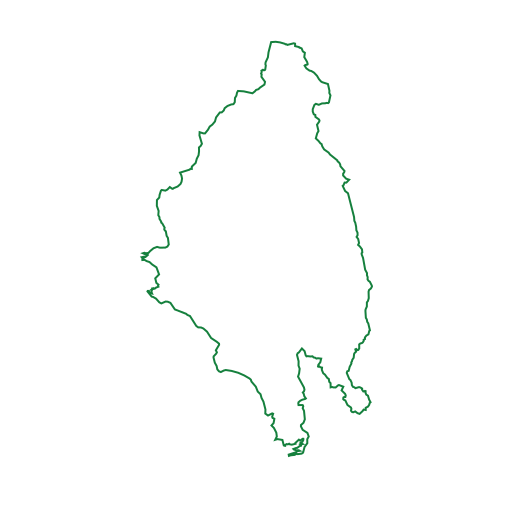 outline of Lunca Cernii De Jos, Hunedoara, Romania, rotated 75°
{"feature_id": "2599482B2454497174187", "entity_name": "Lunca Cernii De Jos", "entity_type": "district", "adm_level": 2, "iso_a3": "ROU", "parent_name": "Romania", "parent_adm1": "Hunedoara", "projection": "orthographic", "projection_center": [22.6, 45.635], "detail": "fine", "context": "isolated", "style": "outline", "palette": "green", "viewbox_px": 512, "rotation_deg": 75, "n_neighbors": 0, "source": "geoboundaries", "source_scale": "gbopen_adm2", "svg_char_len": 6112}
<svg xmlns="http://www.w3.org/2000/svg" viewBox="0 0 512 512"><g transform="rotate(75 256 256)"><path d="M277.3,359.7L276.6,355.1L277.3,353.1L279.1,350.8L286.6,348.2L293.8,338.4L295.2,337.5L296.9,335.3L308.1,331.8L310.0,330.3L310.8,327.6L312.4,325.6L316.4,322.9L323.6,320.6L328.7,316.1L331.1,314.4L332.2,314.6L336.7,319.2L338.9,318.7L340.0,319.7L342.0,322.9L343.1,323.3L348.4,323.4L352.0,322.5L355.5,322.7L357.8,321.6L359.0,320.0L358.3,316.8L358.3,314.7L360.7,309.3L364.2,303.4L368.3,298.3L372.6,294.0L374.1,293.0L376.1,292.9L382.2,290.0L387.4,289.4L390.7,287.4L394.5,287.4L398.6,286.5L406.7,286.6L410.6,287.8L413.2,285.7L412.2,281.1L412.8,280.3L415.5,282.0L416.7,281.9L417.9,280.4L418.9,280.8L422.0,282.3L423.7,284.9L426.7,283.2L431.9,282.1L435.7,282.6L438.5,285.0L438.4,282.7L440.5,278.1L446.0,278.2L446.5,277.9L446.9,276.9L446.0,276.5L445.6,275.1L446.2,274.0L445.9,272.6L446.6,272.2L447.5,270.3L447.6,266.4L446.8,266.4L444.5,262.1L445.7,261.2L444.6,258.1L444.8,257.6L445.8,257.8L447.3,259.1L448.0,261.1L449.7,259.6L449.6,260.6L449.2,261.5L449.3,262.1L450.4,261.4L450.9,261.6L450.9,263.0L452.0,265.9L451.8,266.8L452.1,269.8L452.7,269.5L454.0,267.6L454.7,265.0L455.5,264.2L455.2,266.5L455.9,268.1L456.3,275.8L457.6,275.9L457.5,274.1L458.1,270.2L457.6,268.0L458.2,267.0L458.7,263.0L458.1,261.4L453.1,258.6L450.1,254.9L446.2,253.9L444.0,251.8L440.2,252.1L436.0,255.9L432.2,256.7L430.9,256.3L429.4,253.3L426.4,251.1L418.0,249.7L415.1,250.3L413.5,249.3L412.4,249.3L412.0,249.7L411.0,253.5L409.3,253.3L408.3,252.8L407.3,250.8L406.8,248.5L406.8,245.5L406.5,244.7L404.1,245.6L401.2,245.6L400.0,246.1L399.0,244.6L397.7,243.8L395.4,243.7L383.4,246.6L380.6,244.8L376.2,243.0L372.9,243.3L368.7,242.1L362.1,242.0L360.7,240.9L360.3,239.6L357.2,235.6L360.5,233.7L364.7,233.7L366.0,233.2L366.1,232.0L367.2,229.3L367.5,227.4L368.9,226.6L369.5,225.3L370.7,224.2L370.8,222.6L372.0,219.6L375.3,221.4L377.2,223.9L378.8,224.7L379.1,224.5L379.0,223.4L380.1,222.7L380.9,221.1L383.0,221.9L386.7,221.4L388.4,220.1L392.2,218.7L393.6,217.5L396.5,217.8L398.1,216.9L402.2,217.9L402.2,216.4L402.9,215.4L403.6,213.1L402.2,210.2L402.1,209.3L404.8,205.5L408.0,208.1L412.2,205.6L413.9,205.4L415.3,206.2L415.0,207.2L415.3,208.2L416.8,208.8L417.6,208.4L418.6,207.1L423.6,206.2L426.9,203.5L428.3,203.4L430.0,204.3L431.4,203.7L432.1,202.6L431.8,200.4L434.1,198.6L435.3,196.8L433.4,193.2L432.2,191.8L433.1,189.9L431.0,189.3L430.5,186.9L429.1,185.2L427.5,184.3L426.9,183.2L423.9,183.9L419.9,184.0L418.4,185.4L416.5,185.6L414.9,185.1L414.5,185.7L414.8,186.7L414.6,187.4L412.4,188.2L411.5,187.8L410.8,188.4L409.6,189.8L409.3,190.8L409.4,194.2L408.3,194.9L407.5,196.2L405.5,196.8L403.1,196.4L400.2,196.9L399.2,197.7L392.4,198.6L391.0,197.7L390.9,196.2L387.3,194.2L384.6,191.7L383.4,191.5L382.5,190.5L381.1,189.8L379.6,188.0L376.0,186.6L375.2,185.8L374.3,184.1L371.9,184.2L371.7,183.3L373.1,182.5L373.2,181.5L372.0,180.2L368.1,179.2L367.5,177.9L367.5,176.2L367.1,175.2L365.8,173.9L364.8,173.7L364.4,172.2L362.9,171.9L361.4,169.9L360.8,167.7L357.7,166.0L357.3,165.2L350.1,165.0L348.4,165.6L345.9,165.4L344.2,165.9L337.3,164.5L336.0,164.0L333.5,162.0L329.5,160.9L328.4,159.5L325.9,158.0L319.6,156.5L318.1,155.6L317.1,153.4L315.5,151.9L314.6,151.8L310.3,152.7L309.2,153.7L307.5,154.3L305.3,153.6L303.2,153.8L301.3,153.2L297.5,154.1L285.6,153.1L281.9,153.5L280.7,153.3L280.1,152.4L277.0,151.9L273.7,153.2L271.7,154.5L270.1,153.1L266.0,152.9L263.6,153.9L262.2,152.5L259.7,151.9L257.1,152.4L253.6,151.7L249.6,151.5L247.5,151.9L243.8,151.2L219.2,150.9L216.3,153.1L210.7,154.1L210.3,153.2L208.0,151.4L208.5,149.7L206.4,146.3L204.7,148.9L200.8,151.0L199.0,150.5L198.0,149.2L196.8,148.5L191.2,151.2L189.3,151.0L187.3,151.5L185.7,152.7L184.7,152.7L177.2,158.2L174.9,159.1L170.7,162.6L167.3,163.6L164.8,163.7L163.9,164.6L161.1,165.8L157.9,167.8L153.3,165.1L151.5,163.3L145.0,163.1L142.5,160.1L141.5,159.6L140.3,159.9L137.0,162.6L135.1,162.2L134.1,163.5L131.2,163.8L128.9,163.2L125.2,160.5L124.5,158.8L126.2,156.2L125.7,152.7L126.4,149.8L126.4,148.1L127.0,146.7L126.5,145.8L120.1,142.5L117.5,143.0L115.4,142.3L108.5,142.0L105.3,147.0L104.3,148.0L101.5,149.4L97.8,150.4L93.9,152.5L91.6,154.7L90.8,156.3L87.8,158.8L84.7,159.8L84.3,159.0L84.4,156.8L84.0,156.4L81.8,156.4L76.4,157.9L72.3,156.2L70.5,157.8L67.3,158.2L66.3,159.4L66.1,160.1L65.3,160.4L63.4,163.9L61.0,163.3L60.3,164.5L60.2,171.1L59.4,171.7L59.2,172.7L58.5,173.2L55.9,177.5L54.2,181.5L53.3,186.0L62.5,191.2L67.2,193.1L71.4,196.6L73.2,197.3L74.5,197.2L78.2,198.8L78.7,199.4L78.7,200.3L77.9,201.1L78.4,202.8L79.6,202.8L81.2,203.9L82.0,203.5L84.3,204.4L90.1,202.2L92.6,203.5L94.4,208.6L95.5,210.5L95.6,212.9L96.7,214.5L97.9,217.3L93.8,225.2L91.9,230.7L93.4,232.1L96.0,233.4L97.9,235.4L101.9,236.7L103.3,238.2L103.5,238.7L103.2,240.7L103.7,244.7L105.1,248.0L107.1,249.5L108.4,251.9L108.0,253.8L111.8,258.7L115.4,260.8L117.8,264.2L119.0,267.2L121.6,269.7L124.4,273.5L124.0,275.0L121.8,278.4L124.9,279.4L133.6,279.2L135.4,281.0L136.4,283.0L140.1,283.9L143.8,285.4L146.7,288.0L150.5,290.2L153.0,294.8L155.3,295.5L154.8,296.7L155.4,297.8L155.8,307.8L159.0,307.2L162.1,307.4L165.0,308.7L166.9,310.3L168.6,313.7L169.2,318.2L169.6,319.0L169.2,319.7L167.1,321.4L168.9,324.4L169.4,326.6L167.8,330.0L168.3,330.9L172.0,333.3L174.5,334.3L176.3,337.2L181.9,338.8L187.3,338.4L191.3,339.8L193.5,339.2L195.1,339.6L198.3,338.7L199.2,338.9L200.3,338.1L205.0,336.9L206.3,337.7L207.6,337.5L208.8,336.7L213.4,337.1L215.7,336.4L222.3,337.3L224.0,339.2L224.4,341.4L223.1,346.7L221.6,349.2L222.0,353.0L223.9,357.1L225.2,359.1L224.8,361.8L224.0,362.9L224.1,364.5L226.9,361.1L226.7,360.3L227.0,360.2L228.4,363.1L228.2,363.9L227.7,364.2L227.6,366.7L228.2,366.4L228.7,364.8L229.6,366.6L230.5,366.8L230.9,364.6L232.6,363.0L234.3,360.4L237.3,358.5L241.2,355.1L248.7,354.4L251.5,359.1L256.2,359.2L258.5,357.6L259.3,358.3L260.4,358.2L260.6,360.7L261.2,361.7L261.3,363.0L260.6,363.2L260.5,364.6L261.3,364.5L261.7,365.3L261.4,365.6L261.6,366.1L262.6,365.7L263.4,366.3L265.3,366.1L263.8,368.5L262.0,368.5L261.7,369.6L262.1,370.0L268.2,367.3L269.0,365.9L271.3,363.6L275.7,361.4L277.3,359.7Z" fill="none" stroke="#15803d" stroke-width="2"/></g></svg>